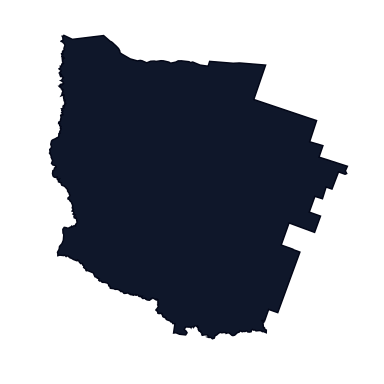 outline of Burruyacú, Tucumán, Argentina, rotated 278°
{"feature_id": "61730980B16369231979992", "entity_name": "Burruyacú", "entity_type": "district", "adm_level": 2, "iso_a3": "ARG", "parent_name": "Argentina", "parent_adm1": "Tucumán", "projection": "mercator", "projection_center": [-64.978, -26.55], "detail": "fine", "context": "isolated", "style": "filled", "palette": "ink", "viewbox_px": 384, "rotation_deg": 278, "n_neighbors": 0, "source": "geoboundaries", "source_scale": "gbopen_adm2", "svg_char_len": 5721}
<svg xmlns="http://www.w3.org/2000/svg" viewBox="0 0 384 384"><g transform="rotate(278 192 192)"><path d="M329.3,43.3L328.5,42.8L328.2,41.8L327.0,42.6L324.4,43.1L323.9,42.8L323.4,41.5L322.9,41.4L322.7,43.0L322.0,43.5L321.7,44.2L320.4,45.4L319.5,45.8L316.4,45.2L315.2,45.9L314.1,44.7L313.2,45.1L312.9,44.3L311.1,44.7L311.0,43.7L310.7,43.5L309.9,44.1L310.2,44.7L310.0,44.9L309.1,44.3L307.8,44.2L307.8,45.4L307.2,46.7L306.8,46.9L306.7,46.5L306.0,46.2L306.6,45.2L306.3,44.9L303.1,45.7L301.6,46.9L301.2,46.7L301.5,46.3L301.3,45.7L300.3,45.3L298.5,45.3L298.3,44.1L297.0,44.5L295.9,43.8L295.6,43.2L295.2,43.4L294.3,45.3L293.7,45.6L291.4,44.0L290.3,46.3L289.6,46.5L290.0,45.3L289.8,44.9L288.1,45.8L287.9,46.2L288.5,47.5L287.6,48.1L287.5,48.6L284.4,47.3L284.1,46.6L283.1,49.0L282.1,49.2L281.7,49.8L281.4,49.7L280.8,48.3L280.3,48.8L279.9,48.5L280.5,47.4L280.2,46.7L279.4,46.4L278.8,46.9L278.3,45.6L277.5,46.6L277.7,47.4L276.0,48.2L275.6,49.8L275.0,49.3L273.5,50.3L272.2,49.7L270.1,49.6L269.2,49.2L269.6,49.9L269.5,50.7L270.5,51.1L270.1,52.0L267.5,51.7L265.7,52.4L265.6,53.0L264.7,52.7L264.7,53.6L263.3,53.4L262.2,54.6L261.4,54.2L261.4,53.6L259.6,53.7L259.6,52.6L258.4,52.4L258.2,53.1L257.4,53.4L256.2,51.3L255.9,51.8L254.6,51.7L254.2,52.9L253.7,52.5L252.7,52.4L252.7,51.9L252.4,51.8L251.8,53.0L250.8,52.9L250.5,53.4L249.8,52.4L250.2,51.7L249.6,51.3L247.9,52.0L243.5,51.7L242.6,50.3L241.2,50.4L241.3,51.4L239.2,51.8L238.7,53.1L236.9,52.7L236.3,53.6L233.0,52.6L232.0,53.2L231.4,52.1L228.5,52.3L227.1,51.4L226.7,50.3L226.0,49.7L224.0,46.5L222.9,45.8L219.6,45.5L217.1,46.7L215.4,46.1L214.4,45.2L211.3,46.0L210.7,45.5L208.7,47.3L208.2,47.3L207.7,47.8L206.8,47.7L203.8,49.6L200.8,48.9L199.4,50.5L199.3,52.2L198.5,53.6L197.7,53.9L196.6,52.5L194.6,52.4L193.8,51.3L190.8,51.3L188.7,52.1L188.0,52.7L187.5,53.9L187.5,55.3L188.0,56.3L186.1,56.7L185.5,57.3L186.3,58.9L184.5,58.2L183.5,58.4L182.9,61.4L182.3,61.2L180.6,62.1L180.1,64.6L179.0,66.3L177.8,67.4L177.4,68.4L175.6,68.7L175.3,69.3L174.2,69.8L173.8,70.7L172.7,70.8L171.8,71.8L169.5,70.8L169.0,70.1L167.9,70.1L167.5,71.4L165.9,72.8L165.1,74.1L163.7,74.7L163.2,75.3L162.6,75.3L161.8,75.9L159.6,75.6L159.3,76.4L158.6,76.4L158.1,77.0L157.1,76.1L156.4,76.0L156.5,76.8L156.1,77.3L154.5,78.2L153.6,77.2L152.9,78.4L153.1,79.4L151.1,78.5L150.0,79.1L150.7,80.5L149.6,80.5L149.3,81.4L148.1,81.9L147.4,81.8L146.2,82.7L143.4,81.2L142.2,81.4L142.1,79.8L141.0,78.4L141.4,77.7L140.3,77.4L140.4,76.4L139.4,75.5L138.8,73.7L139.2,72.3L139.2,70.4L137.1,69.3L133.3,70.0L132.7,70.6L131.6,71.0L126.3,71.3L122.7,70.4L119.7,68.4L116.8,68.4L113.6,67.2L111.9,67.8L110.3,68.0L111.1,69.9L111.2,73.9L111.7,74.2L111.8,74.8L110.6,76.3L111.3,76.8L111.3,78.4L110.5,79.3L110.3,80.3L109.7,80.6L109.8,81.5L108.7,83.9L107.9,87.6L108.9,88.0L108.6,88.7L108.0,89.1L107.8,89.9L106.8,90.3L105.6,91.9L106.0,93.4L104.5,94.0L103.6,95.4L102.2,95.2L100.7,97.8L100.0,97.7L99.3,98.3L99.7,99.5L98.2,105.5L94.6,107.7L94.1,110.4L93.6,110.2L93.1,112.2L91.7,111.9L91.0,112.9L91.3,114.3L90.1,115.6L90.4,118.9L90.1,119.5L90.1,120.8L88.8,122.5L88.2,122.4L87.4,122.8L87.2,123.8L86.4,124.4L85.7,124.2L85.3,124.8L85.4,127.9L84.9,129.5L85.3,131.5L84.9,133.5L83.5,135.5L83.9,136.2L83.6,136.6L83.7,137.1L82.2,138.7L82.2,139.5L83.2,142.9L82.3,144.1L82.5,144.9L81.9,145.2L81.8,146.3L82.2,146.8L82.0,147.2L82.3,147.2L82.2,148.2L81.7,148.5L82.7,150.4L82.0,150.7L82.0,151.2L82.7,151.8L82.5,152.6L81.3,154.0L81.2,154.6L81.7,155.6L81.1,156.1L81.6,157.0L80.7,156.7L79.7,158.0L80.3,160.8L79.5,161.0L78.9,162.6L78.9,164.9L79.5,165.6L80.2,165.9L80.5,166.9L81.5,167.3L81.5,168.4L80.2,171.4L80.8,171.3L81.0,172.4L80.6,173.2L79.3,173.3L78.0,173.9L77.3,173.5L76.5,174.4L75.5,173.7L74.0,174.7L71.2,173.4L70.6,172.8L69.9,172.8L69.0,174.5L67.2,175.1L67.0,176.3L67.7,178.2L67.6,178.7L67.0,178.8L66.9,179.7L65.9,179.8L65.2,180.5L64.7,180.4L64.2,181.1L64.3,182.0L63.9,182.4L64.2,183.1L63.2,183.9L62.8,183.8L62.0,184.9L61.3,188.3L60.4,189.2L60.4,190.3L59.0,191.4L59.3,193.4L49.8,193.4L50.4,195.7L49.4,199.4L49.6,205.6L51.9,206.7L53.3,205.6L54.8,203.4L57.5,204.5L58.0,209.4L57.6,209.8L58.1,209.8L58.2,210.7L58.7,211.2L58.7,212.4L58.4,212.5L59.4,213.1L60.1,214.0L59.6,215.5L58.8,216.3L59.6,216.4L58.7,217.2L56.9,217.3L55.5,218.2L55.1,219.0L55.4,219.9L54.1,220.4L53.1,221.8L52.1,221.6L52.1,222.2L51.6,222.3L52.3,224.4L52.6,226.4L52.2,227.7L51.5,228.6L51.0,228.5L50.6,227.6L50.3,229.0L50.7,230.8L49.5,232.6L50.3,234.3L53.3,235.0L53.7,236.2L55.9,238.0L57.0,239.6L56.7,241.2L57.2,242.5L57.5,244.9L56.7,245.4L57.4,246.7L57.6,248.5L55.7,251.4L55.5,252.5L56.2,254.2L59.0,256.5L59.8,258.2L61.3,258.9L60.6,261.2L61.2,262.4L61.2,263.8L62.2,265.4L61.2,266.7L61.3,268.5L61.9,270.0L63.5,270.1L64.4,271.0L63.8,272.0L64.2,273.1L63.4,274.7L64.2,278.1L64.2,279.9L63.5,281.1L63.8,282.0L63.0,285.1L65.6,284.8L66.1,283.5L66.9,282.9L67.0,282.3L67.5,281.9L67.8,282.3L68.5,281.3L70.5,281.0L71.2,280.4L72.2,280.7L72.7,281.2L73.6,281.1L73.6,280.5L74.3,279.0L74.6,279.2L74.7,280.1L74.4,281.8L86.4,284.2L84.5,293.7L147.5,307.2L149.1,299.8L149.4,299.8L151.9,287.7L174.9,292.4L169.1,319.0L186.0,322.6L188.4,310.9L204.8,314.3L203.5,322.1L215.6,324.1L214.4,330.2L232.3,334.3L230.9,341.1L231.8,342.6L234.3,340.9L239.1,342.3L244.2,312.9L256.1,315.2L258.1,301.5L280.0,305.4L292.2,240.3L327.9,247.2L326.4,221.2L325.2,214.9L323.8,191.3L319.0,190.5L318.8,189.0L318.8,182.3L320.8,174.6L319.9,172.6L320.6,170.9L320.4,163.2L319.9,160.0L318.4,157.9L316.7,153.3L316.7,152.4L317.4,151.1L317.9,145.5L317.7,143.0L316.3,138.3L316.4,136.4L315.7,132.8L313.6,129.2L315.0,124.3L315.1,122.4L314.2,119.7L315.2,112.3L318.8,103.4L319.7,101.6L320.6,101.0L321.5,100.9L323.8,99.3L326.8,95.5L327.0,94.7L327.9,93.9L329.4,91.5L329.9,89.9L334.6,82.7L326.5,52.3L329.3,43.3Z" fill="#0f172a" stroke="#020617" stroke-width="1.5"/></g></svg>